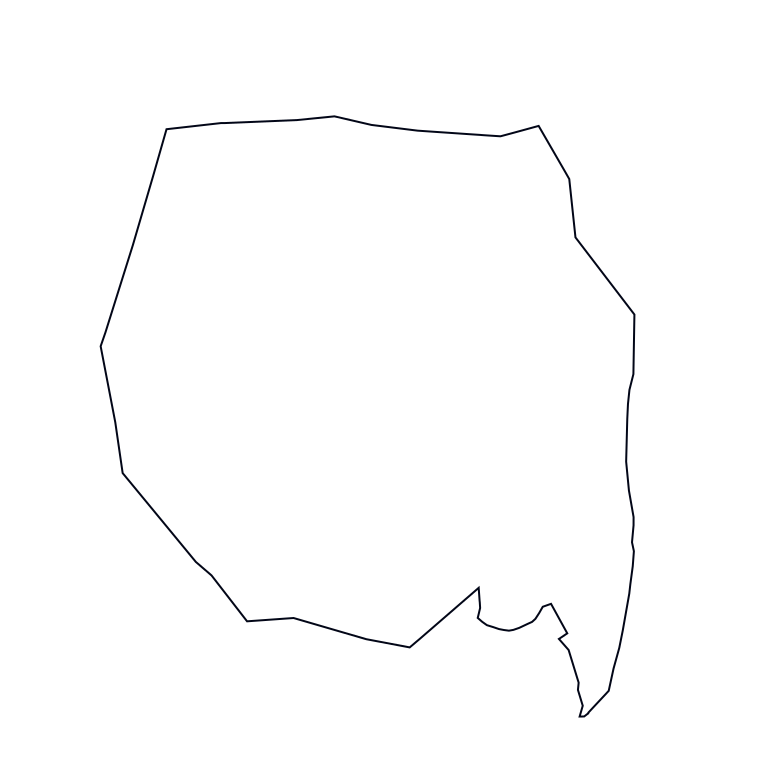 San Jerónimo Silacayoapilla, Oaxaca, Mexico, rotated 12°
{"feature_id": "50627088B61511584244630", "entity_name": "San Jerónimo Silacayoapilla", "entity_type": "district", "adm_level": 2, "iso_a3": "MEX", "parent_name": "Mexico", "parent_adm1": "Oaxaca", "projection": "orthographic", "projection_center": [-97.853, 17.807], "detail": "fine", "context": "isolated", "style": "outline", "palette": "ink", "viewbox_px": 768, "rotation_deg": 12, "n_neighbors": 0, "source": "geoboundaries", "source_scale": "gbopen_adm2", "svg_char_len": 1255}
<svg xmlns="http://www.w3.org/2000/svg" viewBox="0 0 768 768"><g transform="rotate(12 384 384)"><path d="M190.3,560.0L237.0,597.2L255.1,607.1L299.4,644.6L344.2,631.7L419.7,637.3L463.9,636.3L469.0,629.7L471.5,626.5L477.4,618.7L479.0,616.6L501.6,586.7L504.4,583.0L508.4,577.7L519.0,563.7L522.6,576.2L523.1,577.7L523.9,580.6L524.6,583.1L524.4,590.9L524.3,593.3L529.5,596.2L534.8,598.5L541.5,599.1L547.4,599.8L552.4,599.7L557.5,599.3L561.7,597.6L567.0,594.4L574.5,588.7L578.3,585.9L580.9,582.3L583.4,575.8L585.6,568.9L593.1,564.3L615.1,589.8L608.1,597.0L619.9,605.8L636.5,635.7L637.3,642.9L645.3,657.4L644.5,668.6L648.9,667.6L652.3,663.6L652.2,663.0L667.6,637.4L667.7,614.6L669.0,593.2L668.8,575.6L667.5,538.0L666.6,528.8L665.2,510.5L663.2,495.6L659.5,487.3L657.5,470.4L655.8,462.3L655.0,460.3L645.7,437.2L637.0,409.6L629.2,367.5L626.8,352.8L625.3,338.7L625.9,322.5L614.5,264.0L540.8,200.8L522.6,145.0L516.1,137.7L481.6,99.4L464.0,108.5L456.8,112.2L446.4,117.5L431.2,119.7L427.6,120.2L427.4,120.2L412.8,122.3L401.5,123.9L386.1,126.1L364.2,129.2L317.9,133.2L279.9,132.5L243.8,144.0L173.9,161.9L170.2,162.7L118.3,180.0L114.9,228.9L109.5,300.1L100.8,391.5L99.0,406.0L129.1,477.3L146.9,525.5L190.3,560.0Z" fill="none" stroke="#020617" stroke-width="2"/></g></svg>